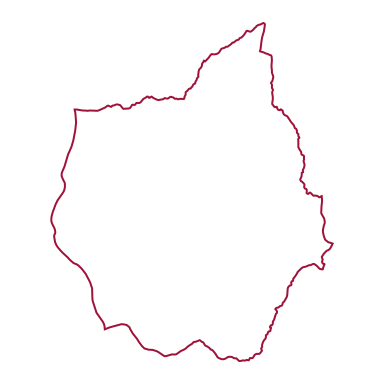 the district of Titiribí, Antioquia, Colombia
{"feature_id": "7082276B91110424420481", "entity_name": "Titiribí", "entity_type": "district", "adm_level": 2, "iso_a3": "COL", "parent_name": "Colombia", "parent_adm1": "Antioquia", "projection": "robinson", "projection_center": [-75.783, 6.066], "detail": "fine", "context": "isolated", "style": "outline", "palette": "rose", "viewbox_px": 384, "rotation_deg": 0, "n_neighbors": 0, "source": "geoboundaries", "source_scale": "gbopen_adm2", "svg_char_len": 5927}
<svg xmlns="http://www.w3.org/2000/svg" viewBox="0 0 384 384"><path d="M304.3,184.1L302.3,181.9L300.9,181.1L300.2,179.4L301.6,176.3L301.8,172.8L303.0,172.3L303.1,172.0L302.8,170.2L303.9,167.9L304.4,166.1L304.5,164.2L303.9,162.5L303.6,160.7L304.1,159.4L303.9,158.1L304.1,156.6L303.6,155.5L301.8,154.7L301.4,154.1L301.2,152.3L300.9,151.5L299.8,149.9L298.3,147.1L298.4,143.3L298.2,139.0L299.3,137.8L299.3,137.4L298.4,136.1L298.3,134.1L296.9,132.7L296.9,130.6L296.7,129.9L296.2,128.9L294.9,128.1L293.8,125.2L291.1,122.1L287.5,116.6L286.7,115.9L285.1,115.3L284.1,114.6L283.7,114.1L283.0,112.5L282.7,110.8L282.5,110.5L282.1,110.2L281.7,110.1L281.0,109.4L280.6,109.4L280.4,109.8L280.0,110.1L279.4,110.1L278.9,110.0L277.8,109.5L277.4,108.7L276.8,106.9L276.1,106.9L275.6,107.1L274.7,107.1L274.1,106.6L272.2,104.0L272.3,102.6L272.8,99.2L272.8,97.4L272.7,96.1L272.2,93.4L272.2,92.3L273.0,89.7L271.9,87.9L272.0,85.4L271.8,84.3L271.0,83.0L272.0,81.4L272.3,81.2L273.3,77.1L273.1,76.0L271.9,72.5L271.9,69.8L271.6,68.2L271.5,65.5L271.9,60.2L271.7,57.0L271.4,56.0L270.9,55.3L269.3,54.8L267.5,53.8L265.8,53.5L263.9,52.5L260.0,51.3L260.6,48.8L261.4,41.8L262.2,37.0L263.9,31.4L264.8,25.5L264.9,24.4L264.7,23.9L264.2,23.4L263.2,23.0L260.5,24.5L258.6,24.8L256.6,26.0L255.6,27.4L254.3,28.3L253.5,29.5L251.1,31.5L250.0,31.7L247.4,30.8L246.6,30.9L244.0,34.9L242.5,36.5L241.3,37.6L240.3,37.8L239.5,38.3L238.9,39.4L238.6,39.7L236.4,40.3L233.8,42.5L232.9,42.5L232.3,42.8L231.1,44.1L227.6,46.7L225.9,46.8L224.6,47.8L221.8,48.6L221.0,49.3L219.5,51.8L218.6,52.9L217.8,53.5L216.0,54.1L214.3,54.4L211.6,54.1L210.1,55.6L208.8,57.6L205.2,61.4L204.8,61.3L204.3,60.8L203.9,60.7L203.3,62.2L202.6,62.9L202.0,64.1L201.9,65.7L201.3,67.2L200.6,68.1L199.8,68.7L199.0,70.0L198.7,71.0L198.5,72.3L198.5,73.4L198.2,74.5L198.2,75.6L198.4,76.2L198.3,76.9L196.9,78.4L196.7,79.8L195.5,81.6L195.2,83.4L193.6,84.2L192.8,85.4L192.4,86.5L191.4,87.4L190.7,88.4L190.5,88.6L189.5,88.6L188.9,88.9L187.3,90.8L185.7,92.2L185.6,94.4L185.4,95.3L184.6,96.4L184.3,98.4L183.8,99.0L179.9,98.8L178.4,99.3L178.0,99.3L176.4,98.6L175.0,98.8L174.4,98.5L173.6,97.7L173.1,97.4L171.9,97.2L171.1,96.8L170.7,96.8L169.8,97.2L168.5,98.2L167.9,98.5L167.1,98.6L164.6,98.1L163.7,98.9L162.4,99.4L161.2,99.5L158.4,100.1L156.8,99.6L153.8,98.2L153.2,97.9L151.7,96.6L151.0,96.8L150.4,97.4L149.8,97.3L149.6,97.7L149.2,97.8L148.7,97.6L147.8,96.6L147.4,96.6L147.0,96.6L145.4,97.8L143.4,98.9L140.6,102.3L140.1,102.6L139.2,103.0L136.8,102.9L136.4,103.0L135.0,104.8L134.2,104.9L132.6,104.7L132.3,104.8L131.9,105.1L131.1,106.6L129.8,108.1L128.6,108.5L123.4,108.8L122.9,108.5L120.8,105.9L119.9,105.0L117.1,104.4L116.2,104.5L114.1,105.4L112.6,105.6L112.1,105.9L111.3,106.8L110.6,106.7L108.1,105.6L106.9,106.1L105.2,107.5L99.0,110.3L97.4,110.8L90.2,110.5L87.4,110.8L84.6,110.5L82.5,110.5L76.7,109.5L74.6,109.5L75.4,113.3L76.1,122.5L75.2,130.7L73.3,140.5L71.4,147.0L68.1,154.4L64.4,166.8L62.5,171.1L61.7,173.5L61.6,174.9L61.7,176.3L63.1,179.7L64.6,182.5L64.9,183.9L64.9,187.1L64.3,190.0L63.3,192.2L57.6,200.3L55.6,204.4L52.8,212.0L51.8,215.6L51.4,217.7L51.3,220.8L51.9,223.2L54.4,228.2L55.0,230.1L55.3,232.1L55.1,233.5L54.4,234.8L54.1,236.2L55.0,241.8L56.1,244.6L57.7,247.2L60.7,250.7L62.8,252.9L67.8,257.5L69.8,259.8L73.6,263.1L76.8,264.4L78.3,265.4L81.8,268.8L85.7,273.9L89.4,280.9L90.3,282.9L92.1,288.4L92.4,298.4L92.7,300.9L93.2,302.5L96.5,312.7L103.0,322.0L104.0,324.2L104.5,326.0L104.8,329.3L109.6,327.4L121.4,324.2L123.4,324.3L126.6,325.0L129.4,327.2L130.3,329.3L132.7,333.4L137.0,338.8L138.9,341.9L141.9,346.0L144.5,348.5L148.8,349.7L152.7,349.9L156.7,351.2L158.1,351.9L164.3,356.1L166.1,356.1L171.9,354.4L174.9,354.5L175.8,354.4L176.7,354.0L180.7,351.1L184.2,349.5L185.5,348.7L188.3,346.1L191.9,343.9L193.6,342.1L196.5,341.5L199.6,340.2L200.3,340.5L201.6,341.7L203.4,342.5L204.8,345.0L205.6,345.8L207.1,346.4L209.3,347.8L210.7,349.5L211.5,349.6L213.0,350.7L215.4,353.7L217.5,357.1L218.5,357.9L220.8,358.9L222.5,359.3L224.2,359.1L225.8,358.4L228.0,357.0L228.8,356.8L230.9,356.8L232.4,357.2L234.0,358.2L236.4,358.4L238.8,360.7L239.3,361.0L241.0,360.9L242.8,360.4L245.0,360.6L246.8,359.9L248.6,360.3L248.9,360.1L249.2,359.6L249.9,358.1L252.2,358.1L252.7,357.9L253.1,357.5L254.2,355.6L254.9,354.7L255.8,354.2L256.5,353.9L259.2,353.9L260.4,352.9L262.0,350.6L261.2,349.0L261.2,348.5L262.1,347.1L262.1,344.7L262.9,342.4L263.9,340.4L265.3,338.9L265.9,337.4L265.9,335.4L266.3,334.8L267.3,334.4L267.5,334.1L268.0,332.2L268.8,331.4L269.8,331.3L270.2,331.1L270.5,330.4L270.6,329.1L271.1,328.1L271.0,327.7L270.1,327.4L270.0,326.6L270.9,325.4L271.4,325.1L271.9,325.2L272.4,324.7L272.8,323.9L272.9,321.5L274.0,319.9L275.7,314.5L275.9,313.9L276.6,313.3L276.9,312.6L277.0,311.8L276.9,311.3L276.6,310.6L275.4,309.2L275.5,308.8L275.9,308.3L276.5,307.9L278.3,307.5L279.9,306.2L281.9,305.5L282.3,305.0L282.7,303.1L283.0,302.5L283.6,302.2L284.5,301.0L286.7,297.1L287.3,294.6L287.7,288.5L288.2,287.2L289.6,285.6L290.2,285.6L291.2,285.1L291.5,284.4L291.2,282.9L291.4,281.8L291.6,281.4L292.6,281.1L293.0,280.8L293.3,278.6L295.2,276.3L297.0,273.5L297.6,272.1L301.7,268.0L302.9,267.3L305.9,266.6L309.1,265.2L310.5,265.2L312.9,264.0L313.5,263.9L314.2,264.0L316.7,265.7L319.6,268.8L321.9,269.4L322.6,269.3L323.0,269.0L323.1,267.9L324.5,264.2L324.1,263.9L323.2,263.8L322.4,262.9L322.2,262.3L322.0,261.9L322.7,259.6L321.9,257.7L321.8,256.9L323.7,253.9L325.8,251.6L326.8,250.7L328.2,250.2L329.8,249.0L331.3,246.5L332.7,243.6L329.9,242.6L328.4,242.3L325.6,240.1L325.0,239.3L323.7,235.6L323.0,232.2L322.9,230.2L323.8,225.7L324.7,223.3L324.7,221.3L324.3,219.0L324.0,218.2L321.6,214.0L321.2,212.9L321.5,206.5L322.1,201.0L321.7,196.1L321.3,196.2L320.3,197.0L319.4,197.3L318.7,197.0L317.6,196.0L316.9,195.8L314.8,195.6L313.4,195.7L310.7,193.0L310.1,192.6L309.5,192.7L308.2,193.9L307.2,193.6L306.6,193.0L306.8,190.4L306.7,189.6L306.3,189.0L304.9,188.5L304.4,187.8L304.1,186.8L304.5,185.0L304.3,184.1Z" fill="none" stroke="#9f1239" stroke-width="2"/></svg>